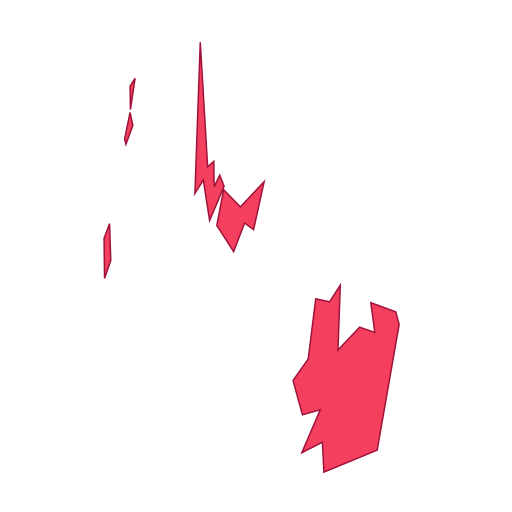 SVG path tracing the border of Arkhangel'sk, rotated 281°
{"feature_id": "RUS-2354", "entity_name": "Arkhangel'sk", "entity_type": "Region", "adm_level": 1, "iso_a3": "RUS", "parent_name": "Russia", "parent_adm1": "", "projection": "natural_earth1", "projection_center": [52.194, 71.252], "detail": "coarse", "context": "isolated", "style": "filled", "palette": "rose", "viewbox_px": 512, "rotation_deg": 281, "n_neighbors": 0, "source": "natural_earth", "source_scale": "10m", "svg_char_len": 771}
<svg xmlns="http://www.w3.org/2000/svg" viewBox="0 0 512 512"><g transform="rotate(281 256 256)"><path d="M56.8,363.9L85.9,356.7L71.6,338.5L117.4,348.4L109.0,331.9L140.9,316.1L164.9,326.9L225.4,322.8L225.1,337.0L243.5,344.3L179.3,354.4L205.9,371.3L203.6,387.2L232.1,377.6L227.8,403.9L216.0,409.6L88.6,412.0L56.8,363.9ZM320.5,189.8L305.8,184.1L455.2,160.5L334.4,191.5L340.9,196.5L316.0,201.7L328.4,205.0L318.3,211.4L282.0,203.7L320.5,189.8ZM256.0,233.2L278.5,211.7L314.9,211.6L301.2,231.3L330.5,249.8L281.4,248.6L286.2,238.5L256.0,233.2ZM259.8,106.1L223.9,114.3L205.1,111.6L244.3,103.5L259.8,106.1ZM372.8,105.0L360.7,110.2L340.8,107.0L345.7,104.7L372.8,105.0ZM375.8,104.8L398.7,100.0L407.4,103.4L375.8,104.8Z" fill="#f43f5e" stroke="#9f1239" stroke-width="1.5"/></g></svg>